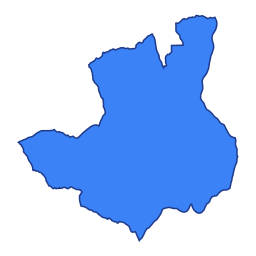 Chunchi, Chimborazo, Ecuador
{"feature_id": "8360857B64943669996857", "entity_name": "Chunchi", "entity_type": "district", "adm_level": 2, "iso_a3": "ECU", "parent_name": "Ecuador", "parent_adm1": "Chimborazo", "projection": "equal_earth", "projection_center": [-78.931, -2.329], "detail": "fine", "context": "isolated", "style": "filled", "palette": "blue", "viewbox_px": 256, "rotation_deg": 0, "n_neighbors": 0, "source": "geoboundaries", "source_scale": "gbopen_adm2", "svg_char_len": 5768}
<svg xmlns="http://www.w3.org/2000/svg" viewBox="0 0 256 256"><path d="M18.3,142.4L19.5,143.1L20.0,144.1L20.3,144.4L21.5,144.9L21.5,146.1L22.3,146.6L23.4,149.2L23.6,149.8L23.5,151.0L23.6,151.8L24.3,152.9L24.9,153.2L25.9,154.8L27.1,156.0L28.1,158.4L28.5,159.8L29.5,161.5L30.3,162.5L31.9,165.3L32.7,167.7L32.8,169.9L33.5,170.5L34.2,170.0L34.8,170.1L35.7,171.0L37.8,171.1L39.6,172.4L41.0,172.5L42.7,174.7L43.6,174.9L44.7,177.0L45.7,178.0L46.1,180.8L47.5,183.2L48.7,185.5L48.8,185.8L50.0,186.1L50.8,186.4L51.5,187.2L53.3,188.7L53.9,188.3L55.0,188.0L56.1,188.7L56.6,188.6L57.0,188.2L58.5,188.5L59.0,188.2L59.4,187.7L59.6,188.1L60.0,188.3L60.9,188.3L62.3,188.1L63.9,187.1L64.8,187.3L65.7,187.9L67.6,188.6L68.2,188.4L68.6,188.5L69.6,187.7L70.4,187.2L70.8,186.9L71.4,186.9L71.9,187.1L73.2,188.0L76.4,189.4L77.3,189.6L78.9,189.5L79.9,189.8L80.0,190.2L80.3,190.4L80.8,190.5L81.5,191.1L81.9,192.3L80.9,193.4L80.9,194.1L80.4,194.4L80.3,195.0L79.7,195.4L79.5,196.1L79.6,200.2L80.4,203.8L81.1,206.1L83.7,206.6L85.7,207.3L89.5,209.9L91.4,210.1L91.8,210.4L92.5,210.6L93.0,211.4L94.1,211.9L95.1,212.0L96.5,212.3L98.1,213.6L98.6,214.6L99.4,214.6L101.4,216.5L102.4,217.2L105.6,218.1L106.3,218.5L106.5,218.3L107.3,219.0L107.7,219.2L108.1,219.0L108.9,218.2L109.7,218.2L110.6,219.4L111.3,219.8L111.9,220.6L113.0,221.0L114.3,221.8L115.7,221.6L116.3,222.0L116.9,222.8L117.5,223.1L118.5,222.7L118.8,222.0L119.3,221.9L119.4,221.7L119.7,221.5L120.7,222.0L122.1,222.0L124.6,223.0L125.5,223.8L125.8,223.9L126.2,224.5L127.3,224.9L128.4,225.8L129.2,226.6L130.9,231.0L131.3,231.7L132.2,232.1L134.0,232.1L135.0,231.7L135.4,231.8L135.9,232.6L136.4,234.1L139.3,240.6L140.3,239.3L141.0,238.8L142.3,237.4L142.8,236.2L143.6,234.9L145.0,231.8L146.4,229.3L146.9,228.9L149.0,227.6L151.5,224.9L154.0,221.7L154.7,221.1L156.3,220.0L157.1,219.2L159.9,215.2L161.3,212.6L162.3,209.7L162.5,209.4L164.3,208.4L165.7,208.0L168.8,207.4L169.9,207.5L172.8,208.3L174.4,208.5L176.6,208.5L177.1,208.6L179.4,210.5L181.2,211.3L183.0,212.0L184.1,212.1L185.5,211.8L187.0,211.2L188.2,209.6L188.9,208.4L190.1,205.6L190.8,204.4L191.0,204.2L191.3,204.3L191.7,204.6L192.5,207.3L193.2,208.7L194.1,210.2L196.0,212.0L198.3,213.1L200.4,213.0L201.8,212.3L202.8,211.1L203.8,210.2L206.1,205.1L206.8,204.0L208.5,202.8L209.7,201.4L210.3,199.4L210.6,198.8L211.9,197.0L213.3,196.3L216.5,195.7L217.2,195.1L219.0,192.9L221.5,190.8L222.3,190.4L223.6,190.0L226.9,189.9L229.9,188.3L230.6,185.1L230.8,183.5L231.8,180.2L232.2,177.3L233.0,175.2L233.4,172.4L235.0,166.3L236.7,162.4L237.1,158.1L237.7,156.7L237.3,155.9L236.9,154.0L237.0,151.7L237.0,149.1L235.7,145.6L235.5,144.4L235.5,143.0L235.8,140.4L235.5,138.9L235.2,137.8L234.0,137.5L233.2,137.5L230.6,136.1L229.2,134.5L228.6,133.7L225.1,127.0L224.7,126.0L224.2,125.1L223.6,124.5L221.2,123.6L220.3,122.7L219.2,121.3L218.1,119.6L217.4,118.7L215.3,117.3L213.7,115.8L212.5,114.1L211.3,112.8L210.5,112.2L209.7,111.2L208.9,110.9L208.3,110.4L206.3,109.1L205.0,106.1L204.2,103.9L203.5,102.6L202.4,101.5L201.5,100.2L200.6,98.2L200.6,95.2L202.8,88.7L202.7,86.3L202.3,82.7L202.2,81.3L202.6,79.3L204.0,76.8L205.3,75.4L206.7,73.2L208.5,68.8L209.3,64.0L209.7,61.2L210.3,59.3L210.7,56.5L211.1,55.3L212.2,52.8L213.6,48.0L213.6,45.1L212.1,39.7L212.0,38.5L212.1,36.5L212.4,35.1L213.1,33.7L214.2,32.2L215.9,29.0L216.8,25.3L216.8,22.4L216.5,20.9L214.9,17.3L212.7,18.1L210.6,17.5L210.0,17.6L208.4,18.5L207.9,18.6L202.6,15.8L202.1,15.8L199.7,16.3L198.8,16.2L198.2,15.7L197.5,15.8L196.7,15.4L195.8,15.8L195.3,16.8L194.7,17.2L193.3,17.3L192.3,17.0L191.2,17.6L190.2,17.5L189.6,17.6L189.0,17.5L188.6,17.8L187.2,19.0L186.4,19.3L184.5,18.7L183.6,18.9L183.1,19.4L182.7,19.2L180.2,21.8L178.4,23.2L176.7,23.1L175.8,23.3L176.0,26.3L175.9,28.9L176.1,31.4L177.1,32.7L179.5,35.0L180.3,38.6L180.6,39.1L181.7,40.1L182.1,40.7L182.5,42.0L182.9,42.8L182.9,43.6L183.3,45.2L171.5,45.5L171.5,52.1L171.4,52.4L169.6,53.7L169.2,54.4L168.8,54.5L167.7,54.4L167.3,54.7L166.1,56.0L165.8,56.6L165.5,57.8L165.5,59.4L165.7,60.7L165.5,62.5L166.3,64.5L166.5,65.5L166.4,65.9L165.7,66.1L164.2,66.1L163.7,66.9L163.6,67.6L162.5,65.9L161.9,63.5L161.4,62.0L160.1,60.2L159.6,59.2L159.3,58.1L159.0,55.7L158.2,53.8L156.8,50.8L156.1,47.9L155.2,41.5L154.7,39.0L154.0,37.1L152.5,35.1L152.5,34.1L151.5,34.2L149.8,35.5L148.8,35.7L147.8,36.2L145.6,38.7L144.8,39.1L144.2,39.7L143.3,41.0L143.2,41.8L142.9,42.3L141.8,43.0L141.1,43.1L139.8,42.3L138.4,42.8L137.0,44.2L136.2,45.2L135.9,45.5L136.1,47.0L135.7,47.6L135.2,48.2L134.9,48.4L133.9,48.7L132.5,48.6L129.9,49.1L129.6,49.1L129.0,48.5L127.3,48.2L125.4,48.5L124.4,48.4L123.6,47.6L122.6,47.9L120.5,47.8L118.4,48.9L117.6,49.0L115.4,50.0L113.7,49.0L113.1,49.0L111.4,49.9L109.6,50.4L108.9,51.2L108.0,51.7L107.0,52.0L105.8,52.2L104.9,52.9L104.6,53.0L103.8,52.4L103.1,52.5L102.8,52.8L102.5,53.5L102.4,55.5L102.1,56.0L99.9,58.0L98.7,58.6L98.1,58.7L96.5,58.1L96.1,58.3L94.7,60.7L94.0,60.8L93.2,61.5L92.5,61.8L91.9,62.4L90.4,62.9L89.3,64.6L88.9,64.7L89.0,66.8L89.5,67.5L90.4,67.9L90.7,68.2L91.5,70.4L91.7,71.5L92.4,73.1L92.5,73.7L92.4,74.9L92.9,76.9L92.9,79.1L93.2,80.1L94.9,82.9L96.4,84.3L98.4,86.8L98.5,87.5L98.6,90.0L101.0,96.8L101.9,98.2L103.2,98.8L103.0,99.3L103.0,99.8L103.5,103.5L103.4,106.6L103.6,107.2L104.1,108.0L105.2,111.3L105.2,112.5L105.0,114.1L103.7,115.1L102.6,116.7L102.0,118.5L100.6,121.0L100.1,122.6L98.8,126.0L98.0,125.5L96.6,125.0L95.2,125.0L93.6,125.3L90.8,126.6L87.0,129.5L82.6,133.2L79.7,136.2L77.2,138.2L75.9,138.2L75.1,137.8L73.0,136.2L70.2,137.1L69.0,136.3L67.8,135.1L66.4,135.7L62.4,132.6L62.0,132.5L60.8,132.6L59.4,131.7L57.9,132.2L57.3,131.8L55.7,131.2L54.8,130.3L54.5,129.7L54.0,129.5L52.5,130.4L50.4,130.5L49.6,130.7L42.4,130.7L41.2,130.8L39.9,131.4L36.7,133.2L32.7,136.3L31.3,136.9L28.5,137.5L25.7,139.1L24.7,139.4L18.9,141.9L18.3,142.4Z" fill="#3b82f6" stroke="#1e3a8a" stroke-width="1.5"/></svg>